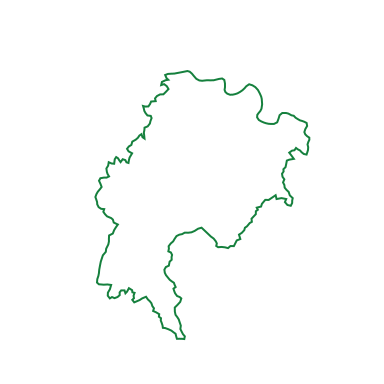 outline of Campestre da Serra, Rio Grande do Sul, Brazil, rotated 229°
{"feature_id": "56859067B56487205832332", "entity_name": "Campestre da Serra", "entity_type": "district", "adm_level": 2, "iso_a3": "BRA", "parent_name": "Brazil", "parent_adm1": "Rio Grande do Sul", "projection": "albers", "projection_center": [-51.112, -28.72], "detail": "fine", "context": "isolated", "style": "outline", "palette": "green", "viewbox_px": 384, "rotation_deg": 229, "n_neighbors": 0, "source": "geoboundaries", "source_scale": "gbopen_adm2", "svg_char_len": 4314}
<svg xmlns="http://www.w3.org/2000/svg" viewBox="0 0 384 384"><g transform="rotate(229 192 192)"><path d="M156.1,316.2L158.5,315.5L161.2,315.3L163.5,316.1L165.1,318.7L166.3,322.2L168.9,323.8L171.4,322.8L173.4,321.7L175.2,320.5L177.5,319.7L180.1,318.9L182.8,318.8L184.6,317.4L187.9,316.2L189.7,315.0L192.4,312.0L192.5,308.5L190.6,305.5L188.7,302.0L189.6,298.5L191.5,296.3L193.3,294.5L195.3,293.0L197.3,291.8L199.8,290.6L202.5,289.7L205.6,290.1L207.4,291.9L207.9,294.1L208.3,296.7L209.3,299.1L212.2,302.5L216.5,305.7L218.6,306.8L221.8,307.8L225.7,308.7L229.6,308.6L232.9,307.6L235.8,305.8L236.2,302.3L235.8,299.7L235.7,296.8L236.0,294.0L236.6,291.1L237.5,288.9L238.8,286.5L240.5,284.5L243.1,283.1L245.6,282.8L247.7,283.6L249.5,285.7L252.3,288.1L255.4,289.9L257.9,289.2L259.6,286.6L262.1,281.7L264.0,279.4L266.6,276.5L269.3,272.6L271.4,270.7L274.6,269.5L278.3,269.5L281.4,269.6L284.3,269.2L286.3,267.9L288.8,263.5L290.6,260.4L293.0,256.3L294.7,254.2L296.9,251.3L297.9,248.5L294.7,247.5L292.3,247.7L293.7,245.4L294.8,241.5L292.9,238.9L291.7,241.7L288.4,242.4L285.1,241.8L284.7,237.8L284.5,234.5L286.6,231.9L287.4,228.5L286.9,225.5L284.4,224.2L287.1,220.5L285.9,218.0L285.2,215.2L287.2,212.7L289.0,211.5L286.4,210.3L284.4,209.2L281.9,208.7L279.0,208.6L276.5,210.8L274.3,210.0L272.8,207.2L271.3,205.1L270.6,201.6L271.7,198.4L269.9,196.6L268.4,194.6L265.9,192.9L263.5,191.2L265.8,190.6L268.8,191.8L269.1,189.3L268.4,186.7L268.4,183.8L269.2,180.0L267.3,177.1L267.8,174.2L267.2,171.3L264.3,170.8L260.5,172.2L258.9,167.4L257.2,165.0L255.6,163.1L257.4,162.0L259.8,162.6L262.2,161.2L261.4,157.7L263.7,157.9L266.0,158.3L268.1,157.7L267.4,155.2L264.4,151.8L266.3,150.0L269.1,148.7L266.9,146.0L265.9,142.8L263.1,141.0L261.0,140.1L258.2,139.6L258.9,137.0L260.7,134.9L262.5,131.9L261.5,129.2L258.3,128.3L255.1,127.1L254.5,124.3L254.0,121.1L253.1,118.5L251.6,115.8L249.1,114.8L246.7,113.8L244.9,112.4L241.8,111.6L238.9,112.4L236.7,114.5L235.2,112.1L232.4,111.8L229.4,111.9L225.3,113.9L223.1,114.2L220.3,112.9L216.1,114.7L215.3,111.4L214.3,108.2L212.6,105.0L213.6,100.9L211.1,98.5L209.2,96.9L207.3,94.4L205.5,90.0L203.4,87.7L202.7,83.2L199.3,77.5L197.0,74.5L194.2,71.0L191.8,68.5L190.1,66.3L188.4,63.4L186.0,60.9L183.4,61.2L181.8,62.8L180.0,64.5L177.7,67.5L174.9,70.0L172.5,66.3L171.2,62.5L169.0,60.4L165.6,60.2L165.2,62.7L162.7,63.9L161.6,66.9L161.6,69.8L163.7,71.5L164.2,74.0L162.0,76.5L159.2,75.3L159.4,77.6L160.8,81.3L157.2,82.4L155.4,81.2L153.6,82.5L152.0,79.8L149.9,78.5L149.8,76.2L146.6,76.0L145.5,79.4L144.8,81.6L144.4,84.6L143.1,88.6L139.9,88.2L137.2,88.5L134.7,88.4L131.8,87.2L129.2,87.0L127.7,84.6L124.7,86.0L121.3,87.1L119.6,85.2L117.1,85.8L115.5,84.1L113.2,83.3L110.6,82.2L108.6,80.9L106.9,82.5L104.0,84.1L100.9,85.5L98.3,86.0L95.8,86.6L93.7,85.5L91.1,84.3L89.6,86.1L87.8,88.1L86.1,89.7L87.8,91.9L90.6,91.9L93.1,92.5L96.2,93.3L98.5,95.9L101.7,97.2L104.5,98.4L107.1,98.8L110.1,99.0L113.0,100.6L116.1,103.2L116.3,106.7L116.8,111.0L118.7,114.1L120.8,113.8L123.3,112.5L126.7,112.8L128.9,113.6L131.2,114.6L131.0,117.3L133.4,118.0L135.4,118.8L137.8,118.1L140.4,117.6L143.6,117.7L146.3,117.8L148.9,118.5L151.5,120.2L152.5,123.0L151.6,126.2L154.1,129.4L154.2,132.2L156.3,133.9L157.6,135.7L160.2,136.4L162.7,135.2L164.4,137.4L166.4,138.8L167.1,142.1L167.1,145.4L168.0,148.0L168.9,151.4L168.1,154.5L166.7,156.9L166.1,159.8L163.7,162.5L161.9,165.2L160.9,168.4L160.3,172.5L158.8,175.8L148.5,176.8L146.1,177.0L142.6,177.8L139.1,177.6L136.9,177.0L135.4,174.9L133.2,175.5L131.1,178.3L128.6,180.6L126.0,182.4L126.0,185.5L123.7,188.1L126.1,194.0L124.8,197.6L129.0,199.5L128.5,202.7L128.9,206.4L130.3,208.5L130.0,210.9L130.7,215.2L130.2,217.6L132.8,219.4L133.4,225.6L135.6,227.6L135.4,230.0L137.7,230.6L135.7,234.6L137.2,237.0L138.0,242.1L135.7,244.7L134.7,253.0L131.2,251.2L128.7,255.5L124.9,258.5L123.4,255.5L119.6,255.5L116.8,257.5L118.0,260.4L119.8,262.0L121.3,264.0L125.3,263.6L128.6,265.0L131.7,264.7L134.5,264.8L136.7,266.3L139.5,267.0L141.0,270.0L144.1,270.3L146.7,271.9L147.4,274.6L149.2,275.9L149.4,278.9L151.2,281.3L153.5,284.2L152.6,286.6L151.4,288.6L150.2,290.6L154.8,291.0L157.9,291.2L157.6,294.6L156.3,296.7L157.0,299.4L154.9,299.8L152.4,300.8L150.2,300.8L147.4,301.3L145.1,303.0L146.4,305.2L147.6,307.1L149.6,309.1L152.1,310.4L153.5,312.7L154.4,314.8L156.1,316.2Z" fill="none" stroke="#15803d" stroke-width="2"/></g></svg>